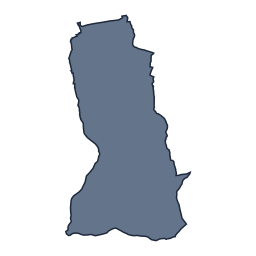 Harseni, Brasov, Romania (Equal Earth projection)
{"feature_id": "2599482B70771165019012", "entity_name": "Harseni", "entity_type": "district", "adm_level": 2, "iso_a3": "ROU", "parent_name": "Romania", "parent_adm1": "Brasov", "projection": "equal_earth", "projection_center": [25.04, 45.68], "detail": "fine", "context": "isolated", "style": "filled", "palette": "slate", "viewbox_px": 256, "rotation_deg": 0, "n_neighbors": 0, "source": "geoboundaries", "source_scale": "gbopen_adm2", "svg_char_len": 5507}
<svg xmlns="http://www.w3.org/2000/svg" viewBox="0 0 256 256"><path d="M175.3,236.6L175.4,235.5L177.0,233.4L178.9,231.5L180.9,229.0L186.4,224.1L181.9,218.1L181.5,215.8L179.8,208.8L179.0,204.6L177.9,202.4L176.7,198.9L176.5,197.7L176.8,194.6L176.7,191.7L177.4,190.6L178.4,189.6L179.6,188.0L180.4,186.3L181.9,184.1L182.6,181.2L183.0,180.2L185.0,178.2L186.9,177.5L189.8,173.8L190.2,172.3L186.7,174.0L185.8,174.1L185.3,174.1L184.0,174.2L183.0,174.4L182.4,174.4L181.7,174.5L181.0,174.6L179.8,175.0L178.8,175.3L178.0,175.4L177.0,175.4L176.1,175.5L176.3,173.6L176.3,172.5L176.0,171.6L175.7,170.3L175.7,169.4L175.3,168.4L175.0,167.0L174.7,166.2L174.3,165.1L174.0,163.9L174.0,162.7L173.8,161.7L173.5,161.2L172.4,160.4L170.9,160.3L170.6,160.0L170.4,158.7L170.2,156.5L169.9,156.1L169.9,155.3L169.7,154.4L169.9,153.1L169.8,152.4L169.4,151.2L169.1,150.8L169.3,150.1L168.7,149.7L167.3,148.7L166.9,147.9L166.3,146.4L166.4,145.5L166.0,144.7L165.8,144.4L165.7,143.9L165.5,143.1L165.3,142.4L165.4,141.3L165.2,140.1L165.9,139.6L166.0,138.2L166.0,137.2L167.0,136.6L167.2,135.6L166.8,134.5L166.0,132.9L165.8,131.7L166.8,129.7L167.3,128.3L167.5,126.6L167.4,125.1L166.8,124.2L166.4,122.7L165.8,122.2L165.9,121.3L165.5,120.6L164.6,118.8L163.9,118.0L162.8,117.1L161.9,116.3L161.3,115.8L158.9,114.2L158.3,113.8L156.5,113.4L155.5,111.5L153.9,109.8L153.7,109.1L154.4,106.9L154.1,106.1L154.1,105.9L154.1,105.3L154.1,105.2L154.0,104.4L154.2,104.0L154.1,103.0L154.2,101.8L154.2,101.1L154.2,99.5L154.2,98.4L154.2,97.3L154.3,96.7L154.0,95.8L153.9,95.0L153.6,94.2L153.8,93.9L153.6,92.8L153.7,92.6L153.8,92.1L153.4,91.3L153.6,90.5L153.3,89.9L153.2,87.7L153.4,87.0L153.4,86.7L152.8,86.5L153.0,85.9L152.7,85.9L152.3,85.1L152.4,84.5L152.1,83.5L153.4,82.2L153.7,81.1L153.4,80.8L153.1,78.7L153.8,76.9L150.9,75.7L150.1,75.2L150.0,74.5L151.8,69.3L152.3,68.8L152.7,67.4L150.1,66.8L150.3,62.4L151.0,61.7L151.1,56.5L151.4,55.0L152.7,54.4L153.7,53.1L152.3,52.5L150.3,51.9L149.2,51.5L146.8,50.9L146.0,50.6L144.9,50.1L143.9,49.9L142.2,49.6L141.7,49.5L140.8,49.2L139.7,49.0L138.6,48.6L137.7,48.3L137.4,48.1L136.6,47.6L135.5,47.2L134.8,47.3L134.6,47.2L133.6,46.1L132.7,44.8L132.6,44.4L132.9,40.7L132.9,40.3L133.3,39.2L133.6,38.4L134.2,36.9L134.6,35.9L134.5,35.0L134.5,34.5L134.4,34.3L134.3,34.0L133.5,32.5L133.4,32.2L133.4,29.7L133.1,29.4L133.0,29.2L131.9,27.9L131.7,27.6L131.7,27.4L131.7,27.0L131.7,25.9L131.6,25.7L131.1,25.0L130.8,24.5L130.5,23.5L130.2,22.8L130.1,22.5L130.1,22.1L130.0,21.6L129.2,21.6L127.1,21.7L127.3,19.7L127.5,19.4L127.6,19.0L127.7,18.6L127.6,17.8L127.6,17.3L127.5,17.1L127.2,16.9L126.7,16.3L126.6,16.1L126.4,15.9L126.4,15.7L126.2,15.4L121.9,16.2L122.4,17.9L122.0,18.2L121.4,18.5L120.1,19.0L119.6,19.5L119.1,19.8L118.3,20.0L117.7,20.0L115.7,20.3L114.4,20.5L111.7,20.8L110.5,20.8L109.2,21.1L101.2,22.5L99.1,22.8L96.7,23.2L92.9,23.8L87.4,24.9L82.2,26.5L82.0,26.4L81.1,25.9L80.3,25.3L80.1,24.9L80.2,24.4L80.2,23.6L80.2,23.1L80.2,22.9L80.2,22.4L79.1,22.7L77.4,23.1L77.6,23.6L77.7,23.8L77.8,24.2L78.1,24.8L78.4,25.2L79.0,26.0L79.3,26.5L79.5,26.9L79.6,27.3L79.9,28.2L80.1,28.6L80.3,29.1L80.7,30.1L80.8,30.4L80.8,30.8L80.9,31.3L80.9,32.0L80.9,32.8L79.5,32.8L79.4,33.4L78.6,33.4L78.4,33.7L78.5,34.5L76.2,34.7L76.8,36.3L76.5,36.3L75.7,36.6L74.6,37.1L73.9,37.4L72.0,38.1L72.1,38.5L71.8,39.1L71.4,39.8L71.1,40.2L70.9,39.9L70.5,41.3L70.5,41.6L70.7,42.2L70.9,42.4L71.0,42.7L71.3,43.7L71.4,44.0L71.5,44.9L71.8,48.5L72.2,49.2L72.2,49.4L72.1,49.6L72.0,49.9L71.0,51.7L70.8,52.4L70.7,52.8L70.4,53.6L68.9,58.4L69.1,58.4L69.4,59.9L69.7,60.9L69.7,61.6L69.7,62.0L69.6,62.7L70.1,63.3L70.3,64.4L70.7,66.2L71.3,68.7L71.7,70.8L71.1,70.9L71.3,71.1L71.6,71.7L71.7,71.9L71.9,72.5L72.0,72.8L72.0,73.2L72.2,73.4L73.2,73.1L73.2,74.7L73.2,75.2L73.3,76.1L73.5,76.6L73.7,77.5L73.9,78.9L74.0,79.2L74.0,79.6L74.0,80.2L73.7,82.4L73.4,82.4L73.3,83.8L74.8,83.9L74.7,85.9L74.6,87.8L75.0,87.9L75.0,89.1L75.1,89.7L75.2,90.3L75.3,90.6L75.5,91.6L76.5,95.6L77.0,97.3L78.4,99.3L78.5,99.6L78.6,100.0L78.7,100.4L78.7,100.8L78.8,101.3L78.7,101.9L78.5,102.4L78.5,102.8L78.2,104.5L77.9,105.1L78.4,105.6L78.4,106.3L78.6,106.7L79.2,107.6L79.4,108.4L79.3,109.7L79.6,110.6L79.4,111.0L79.6,111.8L79.8,112.2L79.8,112.7L79.6,113.4L79.7,114.0L79.8,114.6L79.6,115.1L80.1,115.8L80.0,116.0L80.0,116.4L80.1,117.0L80.2,117.6L80.3,117.9L80.7,118.4L80.8,118.7L80.7,118.8L80.7,119.0L80.7,119.4L83.2,123.1L83.4,127.7L84.0,132.8L84.5,133.9L87.3,137.5L91.6,141.0L95.3,143.8L97.2,146.2L97.9,147.3L98.7,149.5L98.6,151.3L99.4,152.7L99.7,154.1L99.5,154.8L98.6,156.6L98.5,158.0L97.6,161.2L97.2,161.7L95.3,163.3L93.0,168.4L89.3,173.0L86.7,175.6L86.4,176.1L85.2,181.7L84.9,182.6L82.4,187.6L82.1,188.7L79.3,191.8L73.6,195.9L71.9,198.3L71.2,200.0L70.5,207.7L70.8,213.4L71.1,215.1L71.0,215.9L70.5,218.5L71.2,220.9L71.1,221.7L70.8,222.4L68.8,224.9L68.4,225.6L68.0,227.8L68.0,229.5L67.7,230.2L65.8,231.5L66.3,233.4L66.9,234.3L68.7,235.5L70.1,235.3L72.1,233.8L72.6,233.5L74.6,233.1L78.2,233.2L81.3,234.5L83.3,235.0L84.4,235.1L88.2,234.9L89.9,234.5L91.9,234.6L94.1,235.4L95.5,235.7L99.1,234.9L101.0,234.5L106.6,233.0L107.1,232.6L108.8,230.9L110.6,229.8L113.7,228.4L115.6,228.1L116.8,228.5L118.5,229.5L120.7,230.6L123.0,232.0L127.3,233.9L127.8,234.3L129.5,234.9L132.2,235.5L134.6,235.7L137.5,235.4L139.4,235.9L140.1,235.9L140.6,236.0L142.3,236.2L143.3,236.1L145.8,236.4L147.7,237.0L148.4,237.4L151.2,239.5L152.2,239.9L153.2,240.0L155.2,240.5L156.1,240.6L159.7,239.0L161.3,238.7L164.8,238.4L166.0,239.3L167.0,238.9L167.7,238.8L170.4,238.3L173.2,237.0L175.3,236.6Z" fill="#64748b" stroke="#1e293b" stroke-width="1.5"/></svg>